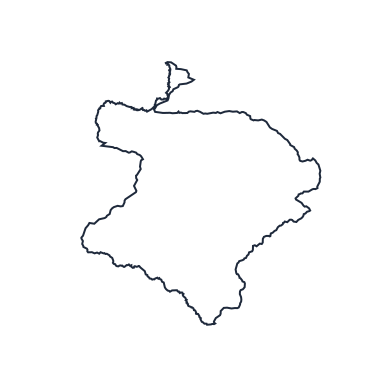 Pensilvania, Caldas, Colombia, rotated 57°
{"feature_id": "7082276B91355004650478", "entity_name": "Pensilvania", "entity_type": "district", "adm_level": 2, "iso_a3": "COL", "parent_name": "Colombia", "parent_adm1": "Caldas", "projection": "albers", "projection_center": [-75.149, 5.404], "detail": "fine", "context": "isolated", "style": "outline", "palette": "slate", "viewbox_px": 384, "rotation_deg": 57, "n_neighbors": 0, "source": "geoboundaries", "source_scale": "gbopen_adm2", "svg_char_len": 5975}
<svg xmlns="http://www.w3.org/2000/svg" viewBox="0 0 384 384"><g transform="rotate(57 192 192)"><path d="M69.5,143.7L70.0,143.8L70.8,142.2L71.9,143.3L72.4,142.3L73.5,142.1L74.6,142.8L77.2,143.2L77.9,143.8L77.3,144.5L77.4,144.9L79.4,145.0L80.1,146.2L81.0,146.0L81.6,146.6L81.6,147.6L82.4,148.0L83.2,149.5L84.3,149.3L85.9,150.8L87.7,151.2L87.7,152.7L88.8,152.6L88.9,153.5L90.0,153.5L90.4,154.2L91.0,153.5L92.0,153.5L92.1,154.7L93.0,155.1L94.0,156.9L94.7,159.7L96.3,159.1L97.1,159.8L98.0,159.4L99.6,161.0L99.9,162.3L99.9,163.0L98.5,164.5L98.9,165.5L97.7,167.4L95.8,167.7L95.5,169.2L94.6,170.4L95.5,171.0L95.7,172.4L98.3,175.0L98.4,175.6L99.7,176.5L100.5,180.8L100.1,185.9L98.7,185.7L98.4,187.1L97.3,187.4L96.6,188.5L95.5,188.6L94.9,187.8L94.5,187.9L94.6,191.1L94.3,192.1L93.6,192.4L93.8,193.1L93.4,193.6L92.6,193.3L92.3,193.6L92.6,194.1L91.9,195.1L91.6,195.4L91.1,195.1L90.9,195.8L89.7,195.2L88.9,196.9L88.3,196.3L87.5,196.7L86.7,198.0L84.4,200.0L82.0,201.1L80.7,202.7L79.2,202.4L78.8,203.8L77.7,204.1L78.2,204.7L77.9,205.4L77.1,205.8L76.9,208.2L75.4,208.5L74.1,209.6L72.7,209.7L72.3,210.7L72.7,211.8L70.6,211.9L69.9,212.6L69.1,214.8L69.6,215.0L69.5,215.5L70.0,216.1L69.7,217.2L70.0,217.9L70.7,218.7L71.8,219.0L70.4,221.3L70.9,222.5L71.8,223.3L71.4,224.0L72.0,224.6L71.8,225.1L72.4,226.3L73.6,226.9L76.0,229.7L76.3,230.6L78.1,232.0L78.1,232.6L79.0,232.9L80.4,234.4L81.6,235.0L83.0,234.5L83.7,235.2L84.5,234.5L84.9,234.9L87.8,235.1L90.0,236.1L90.9,238.4L91.9,239.4L93.0,239.7L94.7,241.8L98.9,242.2L99.2,241.4L102.3,239.6L103.6,238.1L104.0,242.6L111.4,233.8L112.9,233.1L114.0,231.2L120.2,227.6L121.6,225.3L124.5,223.7L125.0,222.7L125.1,220.4L126.6,219.0L128.6,217.4L130.4,217.3L132.5,215.7L134.3,215.2L137.8,215.3L137.7,217.3L138.3,218.2L142.4,221.8L144.8,222.5L147.7,228.8L147.8,230.0L150.0,231.3L152.1,231.4L155.3,237.3L160.7,238.0L161.6,239.1L161.8,251.7L162.5,253.2L164.0,254.3L166.1,257.7L165.2,259.7L163.1,261.9L162.1,265.8L162.2,267.9L162.9,270.1L165.6,273.0L165.6,276.3L166.3,277.5L166.3,279.4L164.3,284.8L165.4,291.2L162.1,294.9L163.3,297.2L164.4,301.0L169.3,307.2L170.0,309.6L170.9,310.1L173.7,310.2L175.8,312.4L177.8,312.5L178.9,313.0L182.3,311.0L183.4,311.1L184.8,312.1L186.0,312.0L188.0,308.7L190.4,307.1L191.1,304.6L193.2,303.4L192.7,301.5L195.3,299.6L195.6,298.7L196.8,298.4L197.4,297.1L200.2,295.7L201.3,295.9L203.8,294.8L206.6,295.4L207.9,296.2L208.3,296.9L209.6,296.8L210.8,295.7L212.2,295.9L213.4,295.3L214.3,294.2L214.2,293.0L214.8,291.7L215.5,291.3L215.7,290.6L217.5,290.1L218.0,289.4L217.7,286.6L218.4,285.7L218.4,284.4L220.1,284.2L220.4,282.8L221.5,283.6L223.3,283.0L223.8,281.9L223.0,281.1L223.1,280.3L224.4,279.4L225.0,278.1L224.9,277.2L225.4,276.6L227.2,276.4L232.7,274.7L235.9,275.7L237.3,274.7L238.5,275.2L240.5,274.5L241.4,274.7L242.6,273.4L243.8,273.1L244.1,271.9L244.8,271.1L244.5,270.0L245.0,267.7L246.4,267.5L246.4,266.3L247.7,266.3L248.8,265.5L250.9,266.0L252.5,265.0L257.2,266.7L259.1,266.7L261.4,266.1L262.4,265.1L263.6,264.8L263.7,262.3L266.2,258.1L267.6,258.1L268.3,257.2L269.1,257.4L269.5,256.9L270.1,257.1L270.3,255.9L271.1,254.9L271.9,255.2L272.9,254.7L273.3,255.8L274.8,256.0L277.1,255.2L278.5,255.5L279.4,255.2L279.5,256.3L280.9,256.0L281.8,256.9L282.3,256.4L283.0,256.8L283.9,256.4L284.3,256.9L285.6,257.1L287.9,255.4L288.6,255.4L289.0,254.6L290.4,254.2L292.1,254.7L292.5,254.1L293.7,253.9L295.8,254.3L296.0,254.8L296.5,254.9L297.7,253.3L300.1,253.4L300.6,253.9L302.6,253.3L302.9,254.1L306.2,254.5L306.9,253.9L309.2,253.3L310.4,251.5L311.5,251.7L313.4,248.2L313.7,246.8L314.8,245.5L314.9,244.2L313.6,244.6L312.6,244.2L310.7,240.7L310.6,235.6L309.7,234.3L307.5,232.8L306.5,228.5L308.1,225.6L311.2,222.3L312.7,219.2L314.1,217.2L314.3,215.7L312.6,213.0L311.6,212.3L310.7,210.5L309.1,209.2L306.9,208.1L303.7,207.5L301.5,205.9L300.8,204.6L301.3,202.3L300.5,199.7L297.6,197.5L296.1,197.2L294.5,198.4L293.3,198.1L290.9,198.3L289.8,198.9L289.4,198.5L286.7,198.2L285.9,198.3L285.3,199.1L284.1,199.0L280.7,197.6L276.6,192.9L276.5,191.4L275.7,190.1L276.7,186.7L276.8,185.3L276.2,184.2L276.7,182.6L275.4,180.6L275.2,178.7L273.7,177.0L274.5,173.8L273.6,172.4L270.4,170.2L270.9,168.3L272.7,167.4L272.2,163.3L273.6,161.8L272.9,160.2L269.9,158.1L268.8,156.1L269.3,153.6L270.7,151.5L271.4,151.2L271.7,150.4L269.7,148.5L270.1,146.5L269.6,144.0L269.9,142.1L268.3,139.2L268.0,136.8L268.6,135.9L268.5,133.5L267.5,132.4L267.8,131.5L267.3,130.3L269.2,128.5L268.5,125.2L269.2,123.9L270.1,123.2L272.1,122.9L274.0,120.8L273.3,118.1L273.6,114.6L273.2,112.8L272.5,111.4L271.4,110.3L271.8,108.6L271.2,106.3L271.9,104.1L271.9,103.0L269.5,102.7L266.3,103.9L265.6,105.5L264.1,105.9L260.8,106.0L254.9,108.9L253.7,108.6L253.1,104.9L252.1,103.9L252.5,102.4L252.4,101.7L253.3,100.1L252.6,98.0L255.1,94.1L255.3,89.5L255.8,88.1L256.8,86.9L257.1,84.7L255.7,84.0L253.0,79.3L250.4,77.5L249.8,76.5L246.2,75.0L244.1,72.8L237.8,71.0L235.6,71.6L232.7,71.4L229.7,72.3L230.4,74.4L230.1,75.8L227.9,77.5L227.6,79.8L226.6,82.7L224.8,84.3L223.5,84.3L221.5,83.1L218.9,82.7L218.0,82.9L216.3,81.6L214.2,81.6L211.6,82.3L210.0,81.9L206.1,84.0L205.2,83.6L200.3,83.8L198.0,85.1L191.2,86.5L189.5,87.7L187.0,87.5L182.7,90.5L180.2,91.5L173.8,91.4L171.3,92.5L169.3,94.0L168.0,97.5L165.6,100.5L165.5,101.3L163.2,102.9L162.4,103.1L160.0,101.9L157.0,103.9L155.2,103.9L152.9,105.4L152.1,106.6L151.8,109.0L148.9,110.4L146.9,114.0L144.4,116.7L142.5,120.8L141.5,125.2L138.8,127.1L138.7,128.9L137.0,131.0L134.7,136.6L133.4,138.1L132.6,139.8L129.1,141.6L126.8,143.3L126.2,144.7L126.1,146.3L123.5,149.4L122.9,150.9L123.2,152.9L120.6,157.1L119.4,158.0L118.7,159.6L117.2,159.5L117.6,161.4L115.3,165.5L113.6,167.3L109.9,173.3L104.7,179.3L101.7,178.8L101.8,177.6L100.1,174.3L100.3,170.8L101.9,162.6L100.8,160.9L98.1,158.4L96.9,155.9L96.9,153.4L95.7,151.6L96.4,146.7L96.2,145.9L95.1,144.7L95.1,143.6L98.1,137.5L99.1,132.3L98.9,129.3L93.9,132.7L91.3,130.3L89.1,130.5L87.1,130.2L82.9,134.4L80.1,138.1L78.7,137.0L77.3,136.6L71.9,138.9L69.7,141.8L69.5,143.7Z" fill="none" stroke="#1e293b" stroke-width="2"/></g></svg>